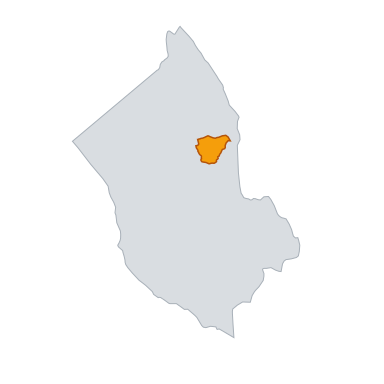 Kibale highlighted on a map of Uganda, rotated 140°
{"feature_id": "UGA-3108", "entity_name": "Kibale", "entity_type": "District", "adm_level": 1, "iso_a3": "UGA", "parent_name": "Uganda", "parent_adm1": "", "projection": "equal_earth", "projection_center": [31.133, 0.921], "detail": "fine", "context": "in_parent", "style": "filled", "palette": "amber", "viewbox_px": 384, "rotation_deg": 140, "n_neighbors": 0, "source": "natural_earth", "source_scale": "10m", "svg_char_len": 3077}
<svg xmlns="http://www.w3.org/2000/svg" viewBox="0 0 384 384"><g transform="rotate(140 192 192)"><path d="M251.0,307.7L247.1,307.7L240.7,307.7L234.2,307.7L227.8,307.7L221.4,307.7L215.0,307.7L208.5,307.7L202.1,307.7L195.7,307.7L189.3,307.7L182.8,307.7L176.4,307.7L170.0,307.7L163.6,307.7L157.1,307.7L150.7,307.7L144.3,307.7L140.5,307.7L139.7,307.5L139.2,307.3L136.8,308.0L134.3,310.1L131.6,311.0L128.8,310.6L128.4,310.9L127.0,310.8L124.9,310.7L123.0,311.2L121.6,313.1L120.1,316.3L117.5,320.0L115.4,323.2L113.7,325.5L109.6,329.3L107.5,330.5L106.4,330.3L105.7,329.6L104.5,324.7L103.7,323.9L95.9,326.4L94.7,326.5L94.8,325.0L94.2,313.5L94.2,306.5L95.2,302.1L95.8,297.0L95.8,292.6L97.3,285.0L96.7,280.4L98.6,264.4L99.1,261.8L99.8,254.1L100.9,251.7L102.0,250.8L103.3,246.1L105.8,238.5L107.6,234.6L107.2,226.1L107.5,220.3L107.9,219.0L111.7,216.9L116.6,211.5L118.7,205.2L121.6,201.2L127.3,198.6L144.0,177.0L151.9,165.3L155.2,159.4L155.4,157.2L156.0,154.4L154.7,152.2L153.0,150.2L152.5,148.4L151.1,147.5L149.1,147.5L147.8,146.2L146.3,143.6L144.7,141.9L140.0,142.1L136.3,139.4L136.4,135.7L137.8,128.6L140.6,120.3L140.7,118.1L140.3,116.1L139.7,114.5L138.4,112.8L137.2,110.9L138.2,104.9L139.9,99.1L141.3,96.2L142.7,93.0L142.3,90.3L140.3,89.0L141.4,86.4L143.6,82.0L147.9,77.6L151.6,74.7L154.1,74.7L159.0,77.0L163.5,79.8L165.9,79.9L168.8,78.8L174.9,73.8L176.4,75.4L178.2,78.4L180.1,83.3L184.0,85.6L185.8,87.1L187.1,87.6L187.9,87.2L189.3,83.3L191.1,81.2L194.3,78.5L201.5,76.4L206.7,75.8L208.8,75.3L212.5,74.0L218.2,70.1L223.9,75.2L230.0,76.2L236.0,76.2L237.8,74.6L238.8,73.4L245.1,65.0L253.5,53.5L259.2,69.6L261.1,70.6L260.8,72.0L260.4,73.3L264.1,77.2L268.6,79.2L270.2,81.2L270.4,83.4L268.9,92.8L269.1,95.5L270.6,104.9L273.3,107.0L275.7,116.5L280.6,120.6L281.3,121.7L282.4,126.3L283.9,131.4L285.1,132.6L285.8,132.8L287.2,138.2L286.4,141.2L287.5,150.3L289.3,158.5L289.8,168.3L289.8,172.6L289.8,175.2L289.4,178.9L288.5,181.0L287.0,183.1L285.3,186.4L283.8,189.9L282.8,191.7L283.6,196.9L283.4,198.3L283.0,199.0L280.8,199.8L278.0,201.2L276.3,202.6L273.9,205.3L271.9,208.2L269.4,216.7L265.1,223.3L264.4,225.5L260.3,229.4L258.6,234.3L257.4,240.3L255.9,244.6L252.5,250.4L251.7,259.7L251.8,278.3L250.9,299.4L251.0,307.7Z" fill="#d9dde1" stroke="#a8b0b8" stroke-width="1"/><path d="M161.9,217.0L161.4,218.2L161.5,219.1L161.0,219.6L160.6,220.4L160.3,223.0L159.3,224.9L157.6,224.0L156.0,224.4L153.9,228.6L153.3,228.1L152.6,228.2L151.8,227.6L150.8,227.4L149.2,226.4L147.4,225.8L145.8,225.4L143.9,224.9L143.2,224.2L142.8,223.1L141.0,219.9L139.6,218.2L137.9,217.7L136.3,216.7L132.8,215.6L129.7,213.7L129.0,210.9L129.6,207.8L129.8,206.6L131.4,208.1L134.4,207.6L136.8,206.2L137.8,204.8L139.1,204.2L141.5,205.1L144.9,203.4L146.6,203.1L148.0,202.1L148.7,202.3L149.6,202.4L150.5,200.8L151.4,200.7L152.4,200.9L153.1,200.4L153.7,199.5L155.1,199.5L156.6,199.8L157.7,200.9L158.8,201.7L159.8,202.1L160.8,202.6L162.3,205.6L164.3,207.9L165.0,208.9L164.9,210.2L164.5,210.9L163.9,211.3L163.3,211.4L163.0,212.1L162.1,212.9L161.6,213.8L162.0,215.4L161.9,217.0Z" fill="#f59e0b" stroke="#b45309" stroke-width="1.5"/></g></svg>